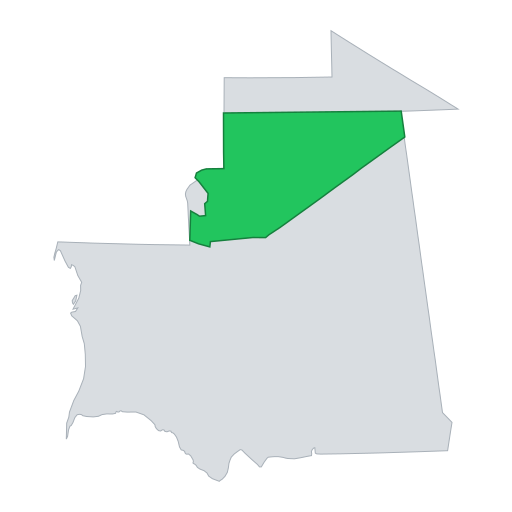 Zoueratt, Tiris Zemmour, Mauritania shown in context
{"feature_id": "47542326B94085620874331", "entity_name": "Zoueratt", "entity_type": "district", "adm_level": 2, "iso_a3": "MRT", "parent_name": "Mauritania", "parent_adm1": "Tiris Zemmour", "projection": "orthographic", "projection_center": [-11.264, 23.151], "detail": "fine", "context": "in_parent", "style": "filled", "palette": "green", "viewbox_px": 512, "rotation_deg": 0, "n_neighbors": 0, "source": "geoboundaries", "source_scale": "gbopen_adm2", "svg_char_len": 3717}
<svg xmlns="http://www.w3.org/2000/svg" viewBox="0 0 512 512"><path d="M213.2,479.0L212.4,478.7L208.7,476.1L207.0,473.0L204.1,470.7L200.0,469.1L197.4,467.4L196.2,465.4L194.7,464.1L193.2,463.4L193.0,462.6L193.4,461.7L193.1,459.9L190.7,455.8L188.5,454.0L186.7,454.2L185.6,453.7L185.0,452.8L184.7,451.5L183.4,450.4L181.2,449.9L179.5,446.9L178.2,441.4L176.5,437.1L174.3,434.0L172.8,432.8L171.7,432.6L171.3,432.1L171.0,431.2L169.3,430.9L167.0,431.8L164.9,431.4L163.9,429.9L162.4,429.8L160.6,431.0L158.5,430.6L156.4,428.6L155.2,426.6L154.9,424.7L151.2,420.7L143.9,414.8L135.9,412.0L127.2,412.1L122.3,411.7L121.2,410.8L120.2,410.8L119.1,411.9L117.9,412.1L116.7,411.4L116.0,411.9L115.6,413.3L112.5,414.0L106.7,413.9L102.0,414.6L98.4,416.3L93.3,416.9L86.7,416.5L82.8,415.7L81.5,414.6L79.6,414.3L77.2,414.7L74.9,417.5L72.9,422.6L71.2,425.5L69.9,426.2L68.5,430.0L67.6,436.3L66.3,439.1L66.7,423.1L68.8,417.2L69.5,412.0L73.8,400.5L78.8,391.1L83.6,378.7L85.5,366.5L85.3,354.4L84.3,343.7L82.2,336.6L80.4,326.3L77.4,320.8L71.8,315.9L70.6,313.1L71.9,312.1L75.5,311.5L77.8,307.9L73.0,309.2L78.8,298.1L80.7,290.5L80.6,285.4L81.7,282.3L77.8,275.5L74.9,266.8L73.2,265.4L71.5,264.7L71.3,266.7L70.3,268.4L68.4,267.3L65.0,261.0L60.4,250.7L58.7,249.6L57.3,250.9L56.3,252.2L54.3,260.5L53.9,257.2L54.8,253.3L56.2,248.5L57.8,241.9L62.1,242.0L69.7,242.3L85.0,242.8L92.7,243.1L108.0,243.5L115.7,243.7L131.0,244.1L138.7,244.3L154.0,244.6L161.7,244.7L177.1,244.9L184.7,245.0L189.8,245.1L189.6,240.3L189.4,236.5L189.1,231.4L188.8,226.3L188.6,221.3L188.3,216.5L188.1,211.7L187.9,207.3L187.7,203.2L187.3,200.9L185.7,196.3L185.4,194.0L185.9,191.6L187.0,189.3L190.0,185.1L194.5,182.0L199.7,178.3L203.7,175.5L205.7,174.8L211.9,173.9L216.7,171.8L221.5,169.8L223.4,168.6L223.7,164.7L224.2,77.7L247.1,77.8L253.1,77.8L295.3,77.6L301.3,77.5L332.0,77.0L331.9,73.0L331.8,67.1L331.6,59.0L331.4,50.9L331.1,36.7L331.0,30.7L337.1,34.6L349.3,42.3L355.4,46.1L367.7,53.8L380.0,61.4L392.4,69.0L398.6,72.7L404.8,76.5L411.0,80.3L417.2,84.0L429.7,91.5L434.9,94.7L443.0,99.7L450.5,104.4L458.1,109.1L446.7,109.6L431.6,110.2L421.2,110.6L410.6,111.0L400.6,111.3L401.7,119.5L403.0,128.4L404.2,137.3L405.4,146.2L406.7,155.1L410.4,181.8L411.6,190.7L412.9,199.7L414.1,208.6L415.4,217.5L417.8,235.3L419.1,244.2L420.3,253.1L421.5,262.0L422.8,270.9L424.0,279.8L426.5,297.6L427.7,306.4L429.0,315.3L430.2,324.2L431.4,333.1L432.7,342.0L433.9,350.8L435.2,359.7L437.6,377.4L438.8,386.3L440.1,395.2L441.3,404.0L442.5,412.6L446.7,416.9L452.0,422.4L450.7,430.5L449.2,440.2L447.6,450.7L433.2,451.2L419.1,451.7L383.9,452.8L376.8,453.0L341.5,453.8L334.5,453.9L320.8,454.1L316.8,453.9L315.3,453.1L314.8,447.7L313.6,448.1L312.2,449.7L311.4,451.4L311.7,453.7L311.5,455.6L307.0,456.4L300.8,457.7L294.4,458.8L287.9,458.5L285.6,458.1L283.2,457.4L278.1,456.6L275.2,456.6L272.0,456.8L268.2,457.2L267.0,458.2L264.1,462.2L261.3,466.9L259.5,466.9L257.4,464.4L251.8,459.5L245.0,453.2L241.9,450.0L240.2,449.6L237.0,451.9L234.2,454.0L231.3,457.1L230.0,460.1L228.9,463.5L228.4,467.7L227.3,472.4L225.0,476.3L222.2,479.2L220.1,480.5L219.3,481.3L213.2,479.0ZM75.7,300.9L73.4,304.3L72.5,302.9L72.2,300.6L74.2,297.4L75.2,295.7L76.9,295.2L75.7,300.9Z" fill="#d9dde1" stroke="#a8b0b8" stroke-width="1"/><path d="M209.8,246.9L210.4,241.6L252.9,237.5L265.6,237.6L269.0,234.7L280.1,227.4L292.3,218.6L316.3,201.3L321.4,197.6L334.8,187.7L353.5,174.2L361.3,168.2L389.5,147.9L404.8,137.0L401.2,111.1L223.5,113.0L223.6,152.3L223.9,168.6L218.8,168.7L210.6,168.8L206.3,168.9L201.7,170.1L196.5,173.0L195.1,177.7L199.0,181.7L206.9,191.9L208.1,193.4L207.7,198.2L207.5,201.3L204.7,203.7L205.6,215.6L199.5,216.2L197.0,214.5L190.7,211.0L189.8,240.3L198.5,243.8L209.8,246.9Z" fill="#22c55e" stroke="#15803d" stroke-width="1.5"/></svg>